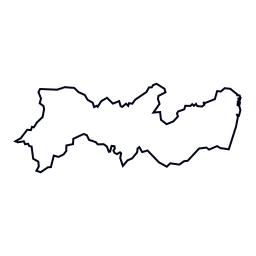 the border of Pernambuco
{"feature_id": "BRA-1313", "entity_name": "Pernambuco", "entity_type": "State", "adm_level": 1, "iso_a3": "BRA", "parent_name": "Brazil", "parent_adm1": "", "projection": "natural_earth1", "projection_center": [-37.928, -8.379], "detail": "medium", "context": "isolated", "style": "outline", "palette": "ink", "viewbox_px": 256, "rotation_deg": 0, "n_neighbors": 0, "source": "natural_earth", "source_scale": "10m", "svg_char_len": 1848}
<svg xmlns="http://www.w3.org/2000/svg" viewBox="0 0 256 256"><path d="M237.6,94.7L236.4,95.2L239.6,95.5L240.6,97.9L239.8,100.2L238.3,97.7L238.6,101.1L237.1,102.3L238.6,101.6L237.7,103.4L237.6,105.1L239.2,105.8L240.4,110.2L239.0,115.6L236.4,114.3L238.0,116.5L236.0,126.7L228.8,149.3L220.4,148.1L217.1,146.1L209.1,149.6L206.4,147.6L199.1,148.5L187.7,160.8L184.1,161.2L179.3,164.6L170.3,163.3L166.8,166.7L159.0,162.4L147.5,150.5L142.2,152.1L139.3,147.1L137.6,148.5L137.1,152.4L132.1,158.4L127.5,160.4L122.9,165.9L120.2,158.0L121.1,153.3L120.0,152.3L116.9,154.1L114.5,152.8L113.4,150.6L114.8,148.4L114.4,146.2L111.6,145.9L110.1,151.6L108.9,151.8L106.8,146.4L103.6,144.2L97.8,144.4L95.7,142.1L89.1,139.9L86.8,135.2L83.6,134.0L73.3,138.8L73.0,144.1L66.4,145.5L66.2,151.1L63.5,154.5L58.5,156.9L53.8,155.6L50.9,167.1L47.9,167.3L40.7,172.2L36.4,170.8L38.8,166.5L38.3,161.6L33.2,158.8L31.6,146.6L29.1,145.9L28.2,143.8L25.0,144.2L23.9,141.3L17.9,142.3L15.4,141.3L20.8,138.2L27.2,129.8L30.9,130.1L32.0,126.8L33.9,127.3L36.7,122.7L42.6,117.0L44.1,109.1L43.4,105.9L39.7,103.3L41.0,98.5L38.5,92.2L40.1,89.0L57.1,89.7L64.7,87.2L74.2,87.9L78.5,92.1L84.8,95.0L87.6,99.8L92.7,102.7L94.1,107.1L96.7,105.8L97.7,106.8L101.2,101.2L107.0,97.8L112.9,103.6L119.2,101.1L120.6,106.1L122.2,106.9L126.0,103.7L128.2,105.8L129.0,103.2L132.3,103.7L135.3,99.6L146.5,92.0L148.9,87.5L151.8,87.3L153.2,85.0L156.6,83.8L164.5,88.8L165.5,92.3L158.5,95.9L157.9,98.8L159.5,103.9L153.4,112.6L160.1,112.0L161.0,119.8L166.6,124.2L173.3,121.4L177.9,116.5L177.0,113.4L178.1,111.5L184.3,109.3L185.3,105.8L190.5,105.9L192.2,104.2L193.9,105.8L196.0,103.9L197.3,106.1L202.1,106.5L204.4,104.7L203.3,102.1L204.6,103.2L214.9,99.1L217.1,91.1L220.8,91.5L224.7,88.2L230.3,88.8L237.6,94.7ZM239.0,100.8L240.0,102.5L239.3,105.5L237.9,105.1L239.0,100.8Z" fill="none" stroke="#020617" stroke-width="2"/></svg>